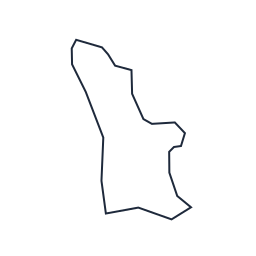 outline of Stockport, rotated 249°
{"feature_id": "GBR-5683", "entity_name": "Stockport", "entity_type": "Metropolitan Borough", "adm_level": 1, "iso_a3": "GBR", "parent_name": "United Kingdom", "parent_adm1": "", "projection": "equal_earth", "projection_center": [-2.122, 53.379], "detail": "fine", "context": "isolated", "style": "outline", "palette": "slate", "viewbox_px": 256, "rotation_deg": 249, "n_neighbors": 0, "source": "natural_earth", "source_scale": "10m", "svg_char_len": 452}
<svg xmlns="http://www.w3.org/2000/svg" viewBox="0 0 256 256"><g transform="rotate(249 128 128)"><path d="M207.5,98.6L222.5,104.0L228.9,111.2L212.6,132.6L203.9,135.8L190.8,138.3L180.8,152.0L158.5,144.1L130.8,145.6L123.3,151.8L116.4,173.7L102.8,179.3L92.2,171.0L93.8,164.1L91.0,157.9L71.5,150.6L46.9,149.6L31.4,158.4L27.1,135.9L50.0,109.1L56.1,76.7L88.2,84.3L127.9,101.5L176.8,101.5L207.5,98.6Z" fill="none" stroke="#1e293b" stroke-width="2"/></g></svg>